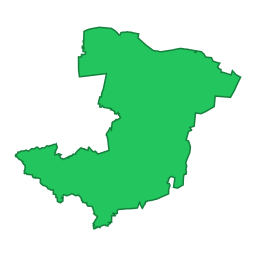 outline of San Felipe, Guanajuato, Mexico
{"feature_id": "50627088B95947511584751", "entity_name": "San Felipe", "entity_type": "district", "adm_level": 2, "iso_a3": "MEX", "parent_name": "Mexico", "parent_adm1": "Guanajuato", "projection": "albers", "projection_center": [-101.374, 21.488], "detail": "fine", "context": "isolated", "style": "filled", "palette": "green", "viewbox_px": 256, "rotation_deg": 0, "n_neighbors": 0, "source": "geoboundaries", "source_scale": "gbopen_adm2", "svg_char_len": 5731}
<svg xmlns="http://www.w3.org/2000/svg" viewBox="0 0 256 256"><path d="M185.9,174.3L186.3,172.9L186.4,171.5L185.9,170.2L186.1,169.0L185.9,168.0L186.3,167.7L186.7,166.0L185.7,162.9L187.0,159.2L189.8,152.4L190.4,146.9L188.6,141.1L186.1,140.0L188.5,131.6L189.2,131.1L191.3,130.4L191.6,129.9L189.7,127.6L194.2,126.2L195.5,113.0L201.0,113.7L205.8,111.5L214.2,106.6L215.2,96.1L230.5,97.3L234.5,90.2L236.5,85.6L240.6,77.1L238.8,76.3L235.9,74.6L232.4,70.7L231.1,74.9L222.5,72.2L222.2,72.5L221.2,72.3L220.9,69.4L219.7,69.2L218.5,68.3L218.4,67.9L217.5,67.0L219.8,63.1L218.3,62.9L213.0,61.2L211.5,57.7L205.6,57.1L204.1,54.2L201.3,51.7L196.5,50.9L195.9,52.5L194.8,52.2L195.1,50.7L188.1,49.5L187.3,49.1L186.3,49.3L180.7,48.4L174.5,49.5L174.0,49.8L160.2,51.9L158.3,51.2L153.5,50.7L145.8,45.0L138.0,37.9L138.7,33.9L132.8,32.8L131.2,32.2L130.5,32.3L126.6,31.8L126.1,32.0L125.6,32.4L123.4,32.1L122.8,32.2L122.4,32.5L121.5,32.4L121.0,32.6L120.5,33.4L120.0,35.1L119.4,35.1L118.5,34.6L117.4,33.0L115.1,30.8L111.4,28.4L99.3,27.3L98.1,27.5L97.6,27.7L93.9,28.2L88.2,29.5L84.0,31.4L83.8,40.5L83.3,40.5L83.2,41.9L83.7,41.9L83.5,46.2L82.3,46.2L82.2,48.0L83.1,48.0L83.1,47.4L84.0,47.5L84.0,48.7L83.1,48.6L83.0,51.5L85.6,51.9L85.5,53.5L84.6,54.5L81.5,54.5L81.4,57.0L78.5,56.9L78.6,69.9L79.4,76.7L81.3,76.6L106.5,73.6L103.5,88.5L101.8,93.2L101.3,96.9L99.8,96.9L98.2,103.9L100.1,104.2L99.7,106.9L101.2,107.2L102.3,105.7L103.7,107.4L110.8,108.5L111.3,108.7L110.6,109.7L113.5,110.5L113.9,111.3L114.9,112.0L114.6,113.1L114.6,113.7L115.4,113.7L116.7,114.1L116.8,113.6L118.0,112.7L118.0,113.4L119.1,113.8L118.7,114.5L118.6,115.1L119.6,115.6L119.8,116.7L120.6,117.6L120.5,117.8L117.4,119.8L117.0,119.8L116.7,119.5L116.2,119.8L116.0,119.7L115.7,120.2L115.2,120.4L115.3,120.7L114.6,120.9L113.9,121.5L113.0,121.8L112.2,122.5L111.3,129.9L110.0,127.9L108.4,131.1L107.3,132.4L106.2,134.9L107.4,137.1L107.4,138.1L107.8,139.5L109.0,150.4L99.1,153.7L97.7,153.9L96.2,152.0L95.9,152.1L95.3,151.8L95.3,151.3L93.1,151.7L92.6,151.6L91.9,150.3L90.5,149.1L90.3,148.7L89.6,148.0L89.6,147.6L88.9,147.2L88.5,147.2L88.0,150.4L84.0,149.1L84.2,148.9L81.1,148.2L81.0,147.9L80.3,148.5L79.4,149.0L79.1,149.8L78.1,150.2L75.8,152.9L75.6,154.1L73.5,154.3L73.2,154.1L71.7,156.0L71.3,155.6L71.5,155.4L69.0,156.5L69.3,157.4L68.5,157.8L68.1,157.0L67.6,157.2L67.4,157.9L66.7,157.9L67.2,157.4L65.2,158.4L65.0,158.8L63.3,159.1L62.9,159.4L62.6,158.7L60.8,158.2L60.8,158.3L59.4,155.6L59.9,155.8L61.1,154.7L58.5,153.7L55.8,154.9L55.1,154.9L54.7,153.3L55.5,152.7L55.2,152.0L55.5,151.4L55.4,150.8L55.9,150.6L56.0,150.0L56.4,149.4L57.3,147.4L56.2,144.0L56.0,144.3L53.8,144.4L50.9,145.6L49.6,145.6L48.9,146.6L48.3,146.1L46.8,145.8L44.9,147.8L42.3,147.8L41.5,148.0L40.5,148.7L39.5,148.8L38.0,147.8L37.5,147.2L37.3,147.1L36.1,147.4L35.0,148.3L34.9,148.8L33.6,148.9L32.8,148.7L31.6,148.7L29.5,150.5L28.4,151.0L27.9,151.0L26.4,150.2L23.0,151.1L22.2,151.0L21.0,151.1L20.1,151.7L18.7,152.1L18.3,152.6L17.9,152.4L17.9,153.0L17.5,153.6L16.5,154.4L15.9,154.5L15.6,155.0L15.4,155.9L15.8,156.5L16.3,156.0L16.5,156.9L17.3,157.0L18.3,158.6L20.1,159.8L20.7,159.9L21.4,160.6L21.8,160.8L22.0,161.7L22.6,161.9L22.9,161.8L22.9,163.1L23.5,164.1L24.5,164.7L24.6,165.4L25.2,166.0L25.1,166.8L25.3,167.3L25.0,167.8L25.0,168.6L24.7,170.4L24.2,170.8L24.5,171.9L24.2,173.3L24.4,173.6L24.9,173.4L24.9,173.1L26.1,173.4L26.8,174.4L27.4,174.4L28.0,174.0L28.5,174.2L28.6,174.5L32.3,174.8L32.5,176.0L32.5,176.5L33.2,177.5L33.7,177.7L34.0,177.5L34.7,177.9L35.8,178.1L35.9,177.9L36.3,177.8L36.2,177.6L39.3,178.4L40.1,178.8L40.3,178.9L40.6,180.0L40.2,181.4L40.3,182.6L40.7,183.3L41.2,183.5L41.2,183.8L42.8,185.3L43.3,185.5L43.8,185.4L46.6,186.7L47.6,187.6L47.6,188.1L47.9,188.7L50.1,189.5L50.4,189.5L50.5,189.9L51.6,190.2L53.3,189.7L53.3,194.1L55.8,194.6L55.9,197.4L57.1,197.4L57.4,201.2L57.9,201.8L58.4,202.1L59.9,202.3L60.3,202.8L62.9,201.0L62.7,200.1L62.9,199.7L62.5,199.4L62.5,199.0L63.3,197.9L63.0,197.3L61.8,197.7L62.9,195.7L63.5,195.3L63.7,194.7L66.1,195.4L66.4,195.8L67.6,195.6L68.8,194.9L70.3,194.6L71.8,193.6L74.1,194.7L74.5,195.2L75.4,195.6L76.9,195.6L78.5,195.0L78.8,195.5L79.3,195.6L79.6,196.3L81.1,197.9L81.5,199.0L81.3,199.1L81.6,200.3L81.9,200.1L82.1,200.4L82.8,202.5L83.9,202.4L85.0,202.9L86.6,202.7L86.6,203.9L87.1,204.2L86.9,204.9L87.4,205.7L88.2,206.2L90.6,206.1L91.6,206.3L91.9,206.7L92.4,206.8L94.4,213.1L93.7,213.7L95.3,215.0L95.9,215.2L96.2,215.9L97.3,216.3L97.4,217.1L95.9,219.4L95.4,219.8L95.4,220.4L94.5,221.6L93.6,223.2L93.1,223.7L93.6,224.3L94.1,224.4L94.3,224.7L94.0,225.0L94.0,225.4L93.3,225.5L93.5,225.9L93.4,226.2L93.8,226.7L93.5,227.6L93.8,228.7L94.7,228.7L95.2,228.4L95.8,228.2L96.2,227.8L95.9,227.5L96.1,227.0L97.1,227.5L97.3,227.3L97.1,227.1L97.4,226.6L98.2,226.7L99.9,227.6L101.0,226.0L104.2,225.0L104.9,224.9L105.8,225.6L107.3,225.8L107.9,226.0L108.1,224.7L108.6,224.6L109.2,223.9L110.1,223.6L110.6,222.7L109.7,223.1L109.4,222.8L108.8,222.5L110.1,221.9L111.6,222.2L111.6,215.8L115.8,215.8L115.0,215.4L114.8,215.0L114.0,214.8L113.1,214.0L113.0,213.2L114.9,213.4L115.8,213.8L116.3,213.9L116.7,213.4L117.4,213.2L117.1,210.8L117.8,209.7L120.5,209.2L123.2,209.2L125.1,208.8L131.7,208.6L137.3,208.0L139.6,202.4L141.8,207.6L142.4,208.3L144.4,204.6L145.0,204.1L145.2,203.2L145.1,202.5L145.8,201.7L146.7,201.7L147.5,200.8L151.5,200.4L155.0,199.4L156.2,199.3L168.6,193.8L168.7,189.2L170.0,185.6L169.3,183.6L168.8,183.3L168.1,183.7L167.6,183.6L167.0,182.3L167.5,182.1L168.1,181.4L168.5,180.6L168.3,180.2L168.7,179.4L168.6,178.7L168.9,178.7L169.3,178.4L169.5,177.5L170.0,177.0L170.4,176.9L170.6,176.5L171.3,176.5L174.5,177.7L174.9,178.1L173.5,187.3L177.6,188.1L182.3,185.3L183.1,185.0L183.5,176.7L183.6,176.3L183.9,175.8L184.0,174.6L184.4,174.0L185.9,174.3Z" fill="#22c55e" stroke="#15803d" stroke-width="1.5"/></svg>